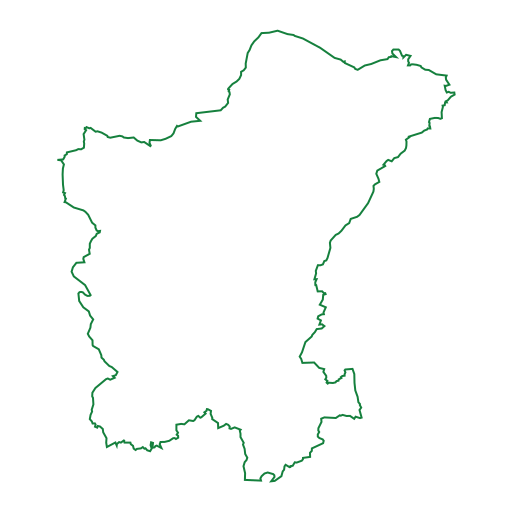 Copalnic-Manastur, Maramures, Romania (Equal Earth projection)
{"feature_id": "2599482B86990390318638", "entity_name": "Copalnic-Manastur", "entity_type": "district", "adm_level": 2, "iso_a3": "ROU", "parent_name": "Romania", "parent_adm1": "Maramures", "projection": "equal_earth", "projection_center": [23.692, 47.516], "detail": "fine", "context": "isolated", "style": "outline", "palette": "green", "viewbox_px": 512, "rotation_deg": 0, "n_neighbors": 0, "source": "geoboundaries", "source_scale": "gbopen_adm2", "svg_char_len": 5947}
<svg xmlns="http://www.w3.org/2000/svg" viewBox="0 0 512 512"><path d="M271.2,481.3L274.7,480.9L281.4,476.2L282.7,471.4L284.1,469.7L284.5,466.4L285.6,464.8L289.6,467.2L290.4,467.0L290.5,466.1L292.7,465.8L294.8,462.3L296.6,462.6L301.8,460.7L302.9,459.3L303.0,457.9L310.1,456.9L310.0,452.8L311.8,450.9L311.9,448.4L323.1,443.2L323.7,440.8L322.7,439.4L319.3,438.0L317.8,436.6L317.8,434.4L319.2,432.0L318.3,430.5L318.4,428.2L321.5,421.9L321.2,418.7L324.4,417.4L335.8,418.0L339.8,415.3L340.7,415.7L342.6,414.9L346.6,416.0L350.0,415.9L354.2,418.8L355.6,416.7L360.0,418.1L361.6,417.6L359.5,410.0L361.2,407.6L359.8,405.0L360.0,404.1L358.4,402.2L357.6,396.8L355.3,390.4L354.5,382.9L354.3,374.0L352.5,368.9L345.3,369.5L344.6,370.4L345.4,372.4L344.6,374.2L344.6,375.7L342.3,376.0L340.9,377.1L341.4,378.0L338.7,379.4L338.5,380.7L336.5,381.1L335.5,382.4L332.9,383.0L328.7,382.7L327.7,383.6L326.6,382.6L327.4,380.9L325.3,379.3L326.3,377.7L326.2,375.8L323.4,371.9L324.2,369.1L319.2,367.9L314.1,362.5L302.4,362.9L301.2,358.9L299.7,356.6L302.0,352.3L305.4,342.1L311.7,336.5L312.3,334.9L314.9,332.1L316.7,329.1L321.7,328.5L324.4,326.1L322.0,324.3L319.4,324.6L320.9,320.4L317.6,318.6L318.2,316.3L321.7,314.4L323.9,314.2L323.5,312.5L325.8,307.3L319.8,304.7L322.8,299.6L323.2,294.9L325.6,294.1L325.2,293.1L323.8,293.1L322.1,291.3L317.7,291.4L316.2,285.1L315.4,285.1L315.3,284.5L315.3,282.2L316.6,279.2L314.4,279.3L316.1,273.4L315.8,270.9L317.9,265.2L320.3,265.3L322.9,264.4L324.3,261.1L326.3,260.4L327.5,258.0L330.4,247.9L329.9,242.8L330.7,240.5L335.7,234.9L338.6,233.5L341.4,230.8L345.5,225.4L349.2,223.1L350.7,218.9L357.1,216.8L359.5,215.0L368.1,203.1L373.4,191.6L373.8,188.9L373.5,185.9L374.9,184.4L379.3,181.9L378.5,178.8L376.3,173.8L377.3,170.6L385.2,166.0L384.6,165.0L383.5,164.7L386.6,161.0L388.2,159.9L391.7,161.3L394.3,158.1L398.0,157.1L400.6,153.7L404.7,150.6L406.0,148.0L406.4,145.5L406.5,141.6L405.9,139.7L409.4,137.2L409.0,136.6L421.8,132.6L424.2,130.6L427.1,129.5L427.7,128.4L430.3,128.5L429.9,126.2L429.3,125.9L429.6,122.9L429.0,122.1L429.9,118.9L434.8,117.9L438.1,118.0L440.4,118.8L441.9,118.2L441.6,112.1L442.9,106.9L442.6,105.6L444.7,105.2L445.1,102.4L446.7,102.4L446.0,101.2L447.7,100.4L450.9,96.7L454.6,94.6L454.3,92.5L450.7,92.8L448.7,91.8L446.8,92.5L445.6,90.1L444.7,85.7L446.0,85.9L449.4,84.7L446.1,79.7L445.8,77.5L446.6,75.6L436.2,74.3L428.8,70.0L425.2,69.7L421.4,67.4L420.7,66.0L416.6,64.8L412.7,64.3L411.1,64.4L410.2,65.4L408.0,65.4L409.0,62.8L408.2,61.4L408.2,59.3L410.5,55.9L406.1,54.8L403.4,57.5L403.4,56.2L402.0,55.7L400.0,50.9L398.6,49.5L393.4,49.5L392.0,51.1L392.4,53.5L396.1,57.1L391.3,56.2L390.9,57.0L388.8,57.2L387.5,59.1L380.4,60.3L371.2,64.0L364.8,65.5L357.7,69.8L355.2,68.9L354.3,67.4L344.8,63.0L344.7,61.4L343.4,61.9L340.7,59.6L334.6,57.9L320.3,47.9L302.9,38.5L294.7,35.9L293.6,35.0L287.5,34.1L277.6,30.7L269.1,32.7L261.5,33.1L258.4,37.4L254.2,41.4L251.4,45.4L249.6,50.0L247.7,53.0L245.7,63.5L245.8,67.6L243.7,70.3L241.1,71.8L241.1,75.1L239.3,78.9L236.6,81.5L232.5,84.0L228.2,88.7L228.1,89.4L229.2,89.8L228.7,91.4L229.5,92.1L229.8,94.4L227.7,99.5L228.1,102.9L225.2,106.6L223.1,107.7L220.7,110.3L196.3,113.2L196.0,116.9L200.2,120.8L191.1,121.7L177.8,126.5L177.0,125.9L175.2,128.9L173.5,133.4L171.3,136.1L165.6,138.8L160.7,140.3L149.9,140.0L149.5,142.8L150.7,145.6L150.3,146.1L144.2,142.0L141.3,142.4L137.3,140.6L133.7,137.5L128.0,138.1L123.8,137.5L122.4,136.4L119.6,135.8L110.3,137.7L107.7,137.0L107.3,135.8L101.6,132.6L97.5,131.3L95.6,131.7L90.6,127.9L89.3,128.3L86.5,127.1L85.6,128.4L84.8,128.1L84.7,129.1L86.1,130.2L83.6,134.1L84.4,139.7L83.8,141.6L84.2,143.6L83.9,147.7L81.1,149.3L78.3,149.1L76.1,150.2L66.9,152.4L66.8,154.2L64.6,155.5L64.7,156.7L63.2,159.4L57.4,159.9L61.1,160.3L63.9,164.4L62.9,168.5L62.6,174.4L63.0,184.7L63.7,190.2L63.1,192.4L65.0,193.1L64.0,194.9L64.9,196.1L65.3,198.6L65.8,198.7L64.6,202.1L65.9,202.3L73.8,207.5L83.4,210.4L85.4,211.8L88.2,214.8L92.1,222.7L95.4,225.4L95.4,227.6L96.6,230.4L97.9,231.2L100.0,230.9L99.7,232.4L96.7,233.8L95.8,236.0L92.4,238.7L91.1,240.9L89.8,243.7L89.8,247.9L89.0,249.7L89.7,253.8L83.7,257.1L83.3,258.9L84.4,262.3L76.4,262.8L72.9,267.3L71.6,271.7L73.8,276.4L85.1,285.1L90.6,295.1L89.8,295.8L87.4,295.9L85.0,294.6L82.8,292.3L81.0,291.9L79.5,292.2L78.4,293.5L79.2,301.0L83.3,307.3L88.8,311.4L90.1,315.6L93.2,319.4L90.8,324.1L90.4,327.7L87.8,333.8L89.2,336.5L92.5,340.3L92.6,345.1L93.1,346.0L98.8,349.3L101.3,355.2L101.5,357.6L103.8,359.7L104.5,361.3L109.3,366.0L111.7,367.0L117.5,372.0L115.8,375.2L112.9,376.1L114.6,377.8L110.2,379.7L107.8,378.5L106.0,379.2L95.4,388.0L92.4,392.7L92.2,396.3L93.0,397.9L93.4,404.4L91.7,409.8L92.1,411.5L90.6,414.8L89.8,419.1L91.9,421.5L92.6,423.5L94.9,423.4L95.6,424.6L95.0,426.7L97.2,427.6L97.8,426.0L100.0,426.5L102.8,429.0L103.2,432.3L106.5,438.2L106.2,442.7L106.9,447.0L115.4,442.5L116.7,445.5L116.9,444.0L119.1,442.1L120.9,442.6L124.5,440.0L124.0,441.0L124.5,442.6L130.4,442.6L130.8,444.2L133.0,445.8L133.7,448.6L135.6,450.0L136.9,448.9L140.9,448.4L142.8,447.1L144.4,448.7L145.5,448.3L147.2,450.3L150.1,451.2L152.2,447.7L151.3,447.4L150.6,445.2L151.1,442.3L153.0,442.9L152.4,447.7L154.5,447.4L155.4,446.1L156.7,445.6L161.4,448.0L159.7,444.2L160.5,442.0L164.7,441.9L169.3,440.8L173.2,438.2L174.7,438.1L175.9,439.0L178.2,437.7L178.1,435.8L176.7,434.7L178.0,432.7L176.4,430.3L176.4,424.7L181.2,423.9L184.4,424.3L188.9,420.3L193.2,421.0L194.5,420.2L196.8,416.7L198.3,415.9L200.3,417.7L201.3,417.3L205.6,413.6L204.4,412.3L206.5,410.8L206.9,409.1L207.8,409.2L211.0,410.9L210.6,413.8L212.3,417.8L212.2,419.1L218.0,423.0L218.2,428.1L223.8,425.7L226.1,423.9L228.2,424.8L229.7,426.5L229.5,428.4L231.0,428.9L234.7,427.4L240.6,429.7L239.8,430.7L240.5,433.7L240.5,437.1L243.7,442.8L243.0,444.6L244.6,448.8L245.2,454.0L247.3,457.7L246.5,460.1L244.7,462.1L243.5,466.2L245.1,473.2L244.9,479.9L261.0,480.6L260.4,478.4L261.6,476.2L264.5,473.5L267.7,472.5L273.2,474.1L274.3,475.2L274.5,476.9L271.2,481.3Z" fill="none" stroke="#15803d" stroke-width="2"/></svg>